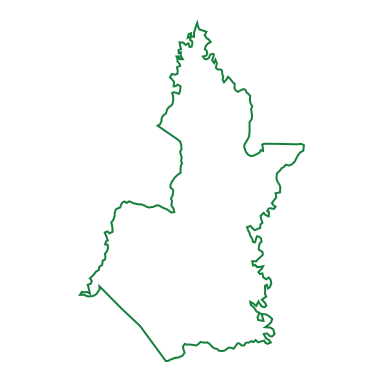 Laranjeiras do Sul, Paraná, Brazil
{"feature_id": "56859067B64113659227363", "entity_name": "Laranjeiras do Sul", "entity_type": "district", "adm_level": 2, "iso_a3": "BRA", "parent_name": "Brazil", "parent_adm1": "Paraná", "projection": "equal_earth", "projection_center": [-52.368, -25.31], "detail": "fine", "context": "isolated", "style": "outline", "palette": "green", "viewbox_px": 384, "rotation_deg": 0, "n_neighbors": 0, "source": "geoboundaries", "source_scale": "gbopen_adm2", "svg_char_len": 4804}
<svg xmlns="http://www.w3.org/2000/svg" viewBox="0 0 384 384"><path d="M301.4,143.9L296.9,144.3L278.8,143.9L271.0,143.8L268.1,143.8L264.1,143.7L262.2,144.6L262.9,148.0L263.0,150.9L260.9,150.1L259.6,152.5L257.2,154.0L253.3,155.7L251.2,156.1L248.4,154.9L246.1,152.3L244.2,147.3L244.5,144.5L246.1,142.0L247.6,139.5L249.1,136.4L249.6,131.1L249.5,125.8L249.6,122.1L251.7,119.2L252.0,115.1L251.5,111.8L251.2,109.1L252.2,106.2L250.6,103.5L249.8,100.1L250.2,95.9L248.5,94.0L246.7,92.6L245.7,90.1L243.5,89.0L241.2,90.1L237.9,91.8L235.9,90.5L234.5,88.5L234.7,83.9L232.9,82.4L230.8,79.6L228.1,76.8L226.3,79.6L224.0,82.3L222.6,79.6L223.2,76.7L222.3,74.1L222.0,70.4L220.0,69.3L217.8,69.6L215.9,67.8L216.9,63.3L215.4,59.7L214.1,63.0L212.1,60.2L213.3,57.2L213.8,54.3L211.9,53.8L210.1,54.9L209.1,57.6L206.9,59.3L204.5,58.9L202.9,56.5L206.1,55.7L207.4,53.7L206.7,50.9L204.8,49.1L206.0,45.5L208.2,43.4L210.7,42.0L208.6,39.4L206.6,38.2L204.7,35.2L206.4,31.7L199.3,29.4L197.8,25.9L197.2,23.0L195.8,26.9L194.0,32.8L194.0,36.9L191.0,36.2L190.0,39.9L192.3,41.4L192.3,44.1L191.6,46.6L189.6,47.1L188.5,43.3L185.5,44.9L183.2,42.6L179.6,42.4L180.1,46.0L181.1,49.0L178.5,50.1L178.8,53.2L180.9,52.3L180.7,55.8L182.8,59.2L179.8,59.2L178.7,56.4L176.5,56.5L177.6,59.0L177.4,61.5L179.4,63.6L180.3,65.7L176.9,67.3L177.8,70.8L177.3,73.9L174.6,74.7L171.9,74.0L169.9,77.3L171.9,79.2L174.0,81.8L173.7,86.4L175.6,86.1L177.7,84.6L180.6,86.4L180.1,91.0L179.0,93.8L176.3,92.9L173.9,92.2L172.1,93.0L173.0,95.5L173.3,99.7L172.4,104.1L170.8,106.0L168.7,107.2L167.1,109.5L166.0,113.5L164.3,114.5L162.5,116.4L161.6,118.6L161.4,121.5L159.7,124.7L157.6,125.7L177.1,139.1L180.0,141.5L181.2,144.7L181.5,149.3L180.2,151.4L180.5,153.8L181.7,157.3L181.1,161.2L182.0,163.5L180.9,165.5L180.5,169.1L180.7,172.7L177.5,175.0L174.9,177.4L171.9,181.6L170.5,185.0L170.4,187.5L173.2,190.0L172.8,195.0L171.0,198.4L172.0,201.2L171.4,205.6L173.5,208.5L174.3,212.0L171.4,212.6L169.1,210.8L166.2,209.0L163.0,207.8L159.0,205.5L156.2,205.4L153.5,206.8L148.8,207.5L146.5,206.7L144.7,205.6L141.4,204.4L138.4,204.4L136.3,203.8L133.8,203.4L129.2,201.3L126.8,202.9L124.4,201.5L122.3,202.6L121.1,204.7L120.0,207.6L118.1,208.2L115.9,209.3L114.7,212.8L114.7,216.0L113.3,219.9L111.3,222.6L112.1,225.5L112.5,229.2L112.6,231.9L109.5,233.3L107.4,231.4L104.7,232.5L106.4,236.4L107.8,240.5L106.0,241.5L105.1,244.4L107.6,244.6L108.0,247.9L106.9,251.4L105.0,253.7L105.4,257.0L105.0,259.6L102.7,260.6L102.2,264.9L99.3,266.9L98.7,270.1L96.1,271.5L94.3,273.9L91.6,276.8L89.9,278.4L91.8,280.8L90.7,283.8L87.7,284.7L88.5,287.4L89.4,291.0L89.8,293.6L87.3,292.0L84.4,292.4L81.9,291.8L80.0,294.9L83.7,294.7L87.0,296.1L89.5,296.5L91.6,296.2L93.8,295.7L96.7,293.9L97.9,291.8L99.6,289.3L99.4,286.2L122.1,309.1L138.9,324.9L140.4,326.4L165.7,360.9L168.0,361.0L170.4,359.6L172.4,359.1L174.1,358.0L177.0,357.7L179.3,357.2L182.4,355.7L184.6,352.9L182.8,346.9L184.7,343.9L186.7,344.6L189.2,344.5L193.6,345.0L196.1,345.5L198.5,344.0L200.5,342.0L204.8,342.7L207.3,342.4L210.0,344.2L211.9,346.6L214.2,348.3L217.0,348.9L219.2,350.8L222.6,351.0L225.1,350.3L228.6,347.6L231.4,347.8L233.5,348.7L235.9,345.8L237.4,343.4L239.4,343.4L241.3,345.4L244.2,345.4L245.8,342.7L249.1,342.5L251.5,341.1L253.4,342.1L255.6,340.1L258.2,342.3L264.1,340.6L265.5,342.9L267.6,343.8L270.8,342.5L269.2,340.2L265.9,338.2L263.7,334.0L267.0,333.4L270.1,336.3L272.2,336.4L274.6,334.0L273.3,329.5L270.5,327.6L265.2,327.2L268.9,324.5L271.2,322.1L272.2,318.9L268.8,316.0L266.3,314.5L261.4,313.9L262.8,317.9L263.5,320.9L258.2,320.0L257.5,317.2L259.6,312.9L256.5,311.5L254.0,307.5L252.2,306.1L250.7,304.7L250.3,301.8L253.7,303.8L256.2,305.9L258.5,301.4L259.7,303.8L261.6,306.3L264.3,307.3L266.4,305.7L265.0,302.8L261.8,299.6L266.2,296.6L265.0,293.8L265.2,290.4L264.9,285.9L266.8,284.8L267.8,288.4L269.6,287.5L271.3,283.4L270.5,279.6L268.8,277.5L266.2,279.3L263.2,277.2L262.4,273.4L260.0,274.0L258.3,272.1L261.7,268.8L263.1,266.2L259.2,267.1L256.9,267.0L255.3,265.0L253.1,265.6L252.2,261.3L254.0,261.1L256.0,261.5L257.8,259.5L262.8,254.9L262.6,252.1L258.7,249.5L259.1,246.1L259.6,243.5L261.6,241.7L260.9,238.3L259.3,236.8L257.0,236.3L256.0,238.8L255.1,242.3L253.1,242.0L252.2,238.9L250.3,235.8L249.4,232.5L248.0,230.2L247.1,227.1L250.6,226.0L252.5,228.3L254.9,230.2L258.2,228.6L260.1,228.2L260.4,224.5L262.5,222.8L261.4,219.9L260.5,216.0L263.6,212.8L265.8,215.2L268.7,216.4L269.0,212.2L267.2,211.2L268.7,208.6L270.9,208.2L273.8,209.0L275.6,206.7L273.6,205.4L271.9,203.2L273.9,200.3L276.3,197.4L275.6,193.2L280.0,192.4L280.3,187.3L279.6,185.0L277.5,181.8L276.5,178.5L276.9,173.4L279.7,170.9L281.7,168.1L283.6,167.2L285.8,164.7L288.9,165.5L291.6,164.5L294.8,161.5L296.0,159.0L297.8,155.6L300.2,152.4L303.2,150.8L304.0,145.3L301.4,143.9ZM191.0,36.2L191.1,33.2L188.6,34.1L187.8,37.8L191.0,36.2Z" fill="none" stroke="#15803d" stroke-width="2"/></svg>